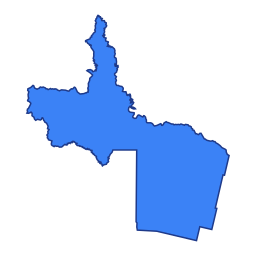 outline of Orán, Salta, Argentina
{"feature_id": "61730980B46256753723149", "entity_name": "Orán", "entity_type": "district", "adm_level": 2, "iso_a3": "ARG", "parent_name": "Argentina", "parent_adm1": "Salta", "projection": "orthographic", "projection_center": [-64.349, -23.348], "detail": "fine", "context": "isolated", "style": "filled", "palette": "blue", "viewbox_px": 256, "rotation_deg": 0, "n_neighbors": 0, "source": "geoboundaries", "source_scale": "gbopen_adm2", "svg_char_len": 5634}
<svg xmlns="http://www.w3.org/2000/svg" viewBox="0 0 256 256"><path d="M117.9,67.5L117.6,67.3L118.2,66.1L117.9,65.5L117.2,65.7L116.8,66.4L116.2,66.1L115.3,66.3L114.8,64.8L115.0,64.0L115.9,64.9L116.3,64.8L116.5,61.7L116.1,58.3L115.5,57.8L114.6,57.5L114.4,55.9L114.9,54.9L115.2,53.4L114.6,52.1L115.0,50.9L114.4,48.9L112.2,46.9L111.0,47.3L111.0,46.5L110.1,46.1L109.6,46.1L109.1,46.8L108.4,46.2L108.0,46.4L107.3,46.2L107.6,45.8L108.8,45.4L108.6,45.0L108.1,45.2L107.9,44.4L107.8,43.3L108.3,42.5L108.3,41.9L105.8,41.0L105.5,39.9L106.1,38.1L103.9,37.4L103.5,36.4L102.7,35.8L102.9,35.5L103.5,35.3L104.5,35.8L104.8,35.3L104.7,34.7L103.9,35.0L103.6,34.9L103.6,33.9L104.4,32.6L104.6,31.2L104.2,30.6L104.7,29.2L104.2,28.9L104.1,28.4L105.5,27.7L106.6,26.0L106.6,25.3L105.8,24.7L106.2,23.7L106.2,22.8L104.7,22.1L104.6,21.1L104.2,20.6L101.9,20.6L101.5,19.8L102.3,18.6L101.9,18.3L100.9,18.4L100.5,18.0L100.6,17.2L100.4,16.8L99.5,16.9L99.3,16.2L98.7,16.4L98.4,15.5L97.9,15.4L97.0,16.9L96.7,18.3L96.0,18.8L95.9,19.8L95.3,20.7L96.4,22.9L96.2,23.4L95.5,23.8L95.7,24.6L95.2,25.7L95.5,28.2L94.7,30.1L95.2,30.6L95.3,31.7L93.7,33.0L93.1,33.7L92.8,34.5L91.5,35.7L91.7,36.9L90.4,37.3L90.1,38.8L86.5,40.2L85.6,40.7L85.5,41.1L85.7,41.7L86.2,41.5L87.2,42.2L87.5,43.1L89.3,44.4L89.6,45.2L90.6,44.8L91.2,45.3L90.8,46.3L91.1,47.6L93.3,50.6L93.9,52.0L93.7,53.7L93.8,55.9L93.2,58.6L94.4,60.0L93.4,60.5L93.4,60.8L94.4,61.7L94.5,62.8L94.3,63.4L95.0,63.6L95.3,64.3L95.8,64.3L95.3,65.3L96.1,65.4L96.9,64.9L97.4,65.7L95.6,67.0L96.7,68.0L96.4,68.8L95.7,69.3L96.3,69.6L96.0,70.8L94.7,70.8L93.4,71.6L92.6,71.6L92.1,70.4L90.3,69.6L87.9,69.9L86.9,70.7L89.7,72.5L92.5,74.9L92.4,75.7L89.8,78.3L89.6,80.6L88.3,83.5L88.5,86.5L87.8,88.1L88.1,88.6L87.9,89.1L88.5,90.0L88.1,90.4L88.2,91.9L87.8,91.8L86.3,92.9L85.8,92.8L83.9,93.6L80.1,94.0L77.4,92.0L75.7,88.3L75.1,87.5L74.3,87.2L72.7,88.9L71.2,88.8L70.7,89.5L69.5,90.2L69.1,91.0L68.2,91.1L65.6,90.2L62.0,89.9L61.3,89.9L59.5,90.8L57.4,90.0L56.7,89.2L54.9,88.8L54.6,89.1L53.9,89.2L52.8,88.8L51.3,89.1L50.6,88.5L48.1,89.6L47.3,88.9L45.8,88.7L45.5,88.0L43.1,87.0L42.0,87.5L40.5,87.0L39.9,87.3L39.2,88.3L38.5,88.4L37.1,89.2L34.6,88.0L33.7,85.7L33.0,85.4L30.7,87.5L27.9,88.8L27.7,90.4L28.8,91.7L28.1,94.5L28.3,97.1L28.7,98.1L27.6,100.4L27.7,100.9L29.4,101.7L30.8,103.2L30.5,104.4L28.4,108.5L27.5,109.1L27.2,110.6L27.6,111.7L26.9,113.1L28.4,113.3L30.5,112.6L30.9,112.1L31.3,112.2L32.1,113.4L32.0,115.7L34.0,117.3L34.5,119.1L35.7,120.3L37.5,119.3L40.4,120.0L41.4,119.4L41.8,118.1L42.5,117.8L42.9,118.1L43.8,120.5L44.5,121.2L44.7,122.0L46.6,123.2L48.1,126.2L47.5,128.7L49.0,129.5L47.8,131.6L48.1,133.5L47.0,134.8L47.0,135.4L47.7,136.0L47.3,137.8L48.1,138.6L48.5,139.8L51.9,140.9L51.3,143.8L51.5,144.9L52.5,145.8L53.1,145.9L53.8,146.5L54.5,146.5L54.7,146.0L55.4,145.9L56.5,146.3L57.9,146.2L59.5,147.1L61.7,147.0L64.8,144.4L65.8,144.6L66.0,145.0L67.1,144.9L67.4,143.5L67.9,143.8L68.8,143.0L69.0,143.3L70.1,142.7L70.3,143.1L70.6,142.6L71.4,142.7L71.9,142.3L72.3,142.6L72.7,142.2L72.4,141.8L72.7,141.8L72.7,141.4L73.7,141.4L73.9,141.8L74.4,141.8L74.4,142.1L75.8,143.0L75.9,143.6L76.4,143.5L76.2,143.9L76.5,143.9L76.3,144.1L76.6,144.8L77.2,145.5L79.0,145.7L79.4,146.1L79.7,145.7L81.0,146.5L82.3,146.6L82.4,147.4L83.2,147.3L84.0,147.8L83.8,148.0L84.1,148.3L84.9,148.4L85.1,148.8L85.7,149.2L86.3,148.9L86.9,149.4L87.6,148.5L88.0,148.8L87.9,149.3L88.7,149.6L89.5,149.2L90.6,150.7L91.8,150.3L92.0,150.6L91.7,151.2L92.0,151.9L91.6,152.5L92.4,152.7L92.6,153.3L93.5,153.7L93.4,154.3L94.0,154.4L94.7,155.4L96.4,156.4L96.2,157.7L96.6,158.1L97.1,159.6L98.3,160.7L98.4,161.8L98.9,161.5L99.1,161.9L99.5,161.7L100.9,162.1L101.0,162.5L99.8,162.7L99.9,163.4L102.0,164.2L102.1,165.4L102.4,165.9L103.6,164.9L106.4,164.2L107.2,162.6L108.1,162.2L108.6,161.4L108.0,160.0L109.1,158.5L109.1,158.1L108.0,157.9L108.1,157.2L109.4,156.2L110.2,154.3L112.0,152.4L112.9,150.0L136.7,150.0L136.1,221.8L137.0,223.0L136.8,227.0L137.3,230.1L156.6,231.2L196.5,240.6L199.8,226.7L211.8,229.5L216.8,208.4L215.3,208.1L223.0,174.9L224.5,175.2L229.1,155.5L227.3,154.4L226.3,152.2L226.1,150.0L225.3,149.3L221.9,147.6L220.2,145.7L217.6,143.7L216.1,143.0L215.0,141.6L213.6,141.5L212.8,140.7L210.8,141.2L207.7,140.5L206.5,140.1L205.4,139.1L204.3,138.9L201.0,133.3L199.7,133.4L198.6,134.6L197.7,134.4L196.6,133.7L195.6,133.7L194.0,130.3L192.5,129.9L192.6,128.9L191.5,128.2L191.2,126.8L190.3,126.2L188.9,125.9L188.1,124.8L185.5,124.4L184.9,124.7L184.5,125.2L180.9,124.0L179.7,124.7L178.6,124.4L176.8,124.6L175.4,124.4L174.0,124.8L173.1,124.0L171.5,124.0L168.4,122.6L167.2,122.4L166.2,121.7L164.1,122.9L163.2,124.7L162.1,125.4L161.7,125.3L161.3,124.1L160.6,123.7L157.0,125.4L154.6,126.0L153.9,125.6L152.4,123.6L150.8,122.8L147.6,122.8L146.7,122.5L146.4,121.7L146.4,119.9L145.8,118.7L145.5,117.1L144.3,115.8L143.6,115.7L143.2,116.7L142.5,116.9L139.3,115.1L138.6,115.0L137.8,115.4L136.1,118.2L134.7,118.4L133.1,117.6L132.8,117.2L132.8,116.4L134.2,114.1L134.1,112.7L130.2,112.2L128.8,111.1L128.4,109.9L128.8,107.6L129.9,106.4L131.0,107.7L132.1,108.4L133.9,109.0L135.4,108.8L134.8,108.1L133.2,107.2L132.1,107.0L131.2,106.4L131.3,105.7L132.9,104.0L133.7,102.6L133.2,102.0L131.9,102.1L131.0,103.0L130.5,103.0L130.7,102.2L132.4,101.1L132.7,99.5L131.8,99.0L130.6,100.5L130.3,100.6L130.0,100.3L130.0,99.4L131.2,98.7L130.5,97.6L130.6,96.0L130.2,94.3L129.8,94.2L129.4,95.6L128.2,94.6L127.4,95.4L127.0,95.2L125.9,91.7L124.3,91.8L122.5,91.4L123.2,89.1L123.2,88.1L121.9,86.5L119.3,86.0L118.3,85.4L116.7,85.4L115.8,83.9L115.6,81.9L116.4,80.7L116.2,79.6L115.5,78.5L116.4,76.7L114.7,75.0L114.6,73.7L116.6,72.0L116.8,70.6L117.4,69.8L117.0,68.4L117.9,67.5Z" fill="#3b82f6" stroke="#1e3a8a" stroke-width="1.5"/></svg>